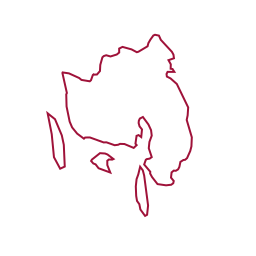 outline of San Juan, United States of America, rotated 236°
{"feature_id": "52423323B32782252789959", "entity_name": "San Juan", "entity_type": "district", "adm_level": 2, "iso_a3": "USA", "parent_name": "United States of America", "parent_adm1": "", "projection": "robinson", "projection_center": [-122.989, 48.606], "detail": "fine", "context": "isolated", "style": "outline", "palette": "rose", "viewbox_px": 256, "rotation_deg": 236, "n_neighbors": 0, "source": "geoboundaries", "source_scale": "gbopen_adm2", "svg_char_len": 1814}
<svg xmlns="http://www.w3.org/2000/svg" viewBox="0 0 256 256"><g transform="rotate(236 128 128)"><path d="M56.8,132.1L56.9,134.6L58.5,136.3L62.8,135.9L66.8,139.3L67.1,142.1L65.8,143.7L65.7,146.4L67.0,148.8L70.6,152.5L70.5,156.0L69.7,157.6L70.0,160.1L74.1,166.7L77.3,170.3L84.6,175.7L101.9,181.2L105.1,184.5L111.4,189.4L137.2,193.1L145.3,191.0L148.9,189.0L151.2,190.1L152.4,192.2L148.6,197.8L152.0,197.9L153.3,196.5L156.9,199.1L161.6,199.5L160.1,205.1L163.4,206.7L166.6,207.0L182.7,204.5L187.3,205.3L190.2,202.5L190.5,200.7L188.8,196.1L187.0,192.4L184.8,189.9L185.4,179.3L185.9,177.7L191.2,174.9L198.3,168.8L198.8,165.1L195.5,162.9L195.2,159.8L197.1,153.5L200.5,150.6L201.2,148.1L200.9,146.3L195.8,140.3L190.9,136.6L189.7,132.2L191.2,129.7L191.7,129.5L191.6,128.5L188.3,124.0L188.1,122.4L193.9,116.3L196.7,115.5L206.3,109.6L210.6,104.9L210.3,104.4L191.2,96.9L190.4,95.6L180.2,89.1L165.9,83.2L159.7,82.0L151.8,82.7L143.8,85.5L144.1,87.1L141.5,91.1L129.6,99.8L128.2,102.1L121.2,107.3L119.6,110.5L119.3,112.5L116.7,116.1L108.3,121.6L109.0,125.6L110.8,125.4L116.7,130.7L116.2,132.8L113.1,133.9L119.0,138.8L122.9,138.5L126.2,139.6L128.0,141.1L129.2,143.1L128.8,146.5L119.5,146.9L113.3,145.9L108.4,143.4L104.5,138.0L99.6,133.9L90.6,131.4L90.5,128.8L91.7,126.2L91.7,125.0L88.7,121.0L79.3,122.0L77.9,120.9L73.9,120.5L65.0,121.1L59.2,127.5L56.8,132.1ZM132.2,49.0L131.4,54.0L150.0,65.4L158.9,69.0L176.1,72.4L185.1,69.6L165.5,61.3L145.2,50.3L132.2,49.0ZM45.6,93.0L45.4,95.3L52.5,101.3L79.5,114.8L84.6,116.6L89.1,116.4L83.8,110.6L80.8,106.5L75.2,101.8L67.1,96.8L62.5,94.7L58.5,94.8L53.5,92.7L45.6,93.0ZM101.0,88.4L108.8,90.1L112.4,92.5L112.6,94.5L110.6,97.3L110.4,98.6L117.5,96.2L119.7,94.7L122.8,90.7L122.0,80.4L121.3,79.0L118.0,79.4L116.0,80.8L111.1,81.1L101.0,88.4Z" fill="none" stroke="#9f1239" stroke-width="2"/></g></svg>